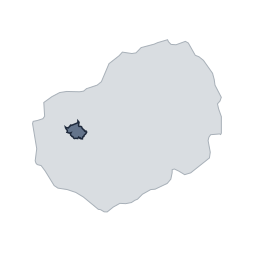 Konche, Konče, North Macedonia shown in context, rotated 167°
{"feature_id": "65306769B3097110342626", "entity_name": "Konche", "entity_type": "district", "adm_level": 2, "iso_a3": "MKD", "parent_name": "North Macedonia", "parent_adm1": "Konče", "projection": "mercator", "projection_center": [22.397, 41.52], "detail": "fine", "context": "in_parent", "style": "filled", "palette": "slate", "viewbox_px": 256, "rotation_deg": 167, "n_neighbors": 0, "source": "geoboundaries", "source_scale": "gbopen_adm2", "svg_char_len": 1895}
<svg xmlns="http://www.w3.org/2000/svg" viewBox="0 0 256 256"><g transform="rotate(167 128 128)"><path d="M115.4,62.3L119.7,62.9L128.9,60.2L134.7,56.5L137.6,56.0L141.5,54.6L147.2,54.8L152.9,56.4L160.1,54.3L167.2,50.9L170.1,51.7L173.1,54.6L175.2,55.4L187.0,70.8L193.4,77.0L201.1,81.7L209.8,85.2L212.9,88.5L218.4,104.8L221.1,110.9L224.7,112.8L225.6,114.5L225.8,116.9L221.6,128.3L220.0,153.8L218.9,155.8L214.6,155.7L208.8,156.2L206.6,158.2L204.3,171.8L195.0,175.7L186.6,177.9L179.5,177.4L167.1,174.2L163.0,173.9L159.5,175.7L148.4,176.7L143.5,179.1L132.0,195.0L120.4,200.4L116.4,203.2L107.5,199.7L103.3,199.4L97.1,203.4L83.7,203.8L80.0,204.5L69.6,205.1L69.2,203.0L67.3,199.8L62.5,198.3L52.6,199.5L50.1,197.2L46.1,183.7L42.9,181.5L39.3,177.0L33.3,162.3L33.1,155.8L33.6,150.2L30.2,136.9L32.3,133.6L35.4,131.4L35.4,126.1L34.5,118.0L38.2,102.0L39.2,100.8L40.1,101.6L49.0,102.9L51.3,100.8L52.8,97.7L53.3,85.9L55.4,80.5L77.0,70.2L83.3,69.8L88.1,74.5L92.0,77.6L94.3,77.5L95.1,74.4L97.8,68.5L102.2,65.2L115.3,62.3L115.4,62.3Z" fill="#d9dde1" stroke="#a8b0b8" stroke-width="1"/><path d="M175.2,146.2L175.6,144.4L182.3,143.3L183.0,143.8L183.8,143.4L183.8,143.0L184.1,142.8L185.6,142.0L186.1,141.5L186.6,141.6L187.4,142.1L188.3,142.3L188.8,143.0L188.8,142.0L188.5,141.5L188.5,141.0L187.7,139.4L187.8,138.4L188.4,137.6L188.0,137.5L187.8,137.1L186.3,136.2L184.5,136.3L185.3,135.4L185.5,134.0L184.7,132.9L184.6,132.4L183.8,132.1L183.2,130.4L182.7,129.8L181.1,129.7L179.3,129.0L178.1,130.3L177.4,129.4L177.3,128.8L176.9,128.5L176.6,128.9L176.0,128.0L175.0,127.7L175.0,128.1L174.5,128.4L174.0,129.5L172.9,129.7L172.7,130.3L172.2,130.9L170.4,131.9L169.2,133.3L169.6,133.7L169.6,134.3L170.1,134.2L170.6,135.0L171.0,134.9L171.1,135.8L171.7,136.3L171.9,136.9L172.2,137.1L172.7,137.9L172.9,139.4L173.5,140.1L175.4,140.6L175.6,141.7L174.4,144.6L175.2,146.2Z" fill="#64748b" stroke="#1e293b" stroke-width="1.5"/></g></svg>